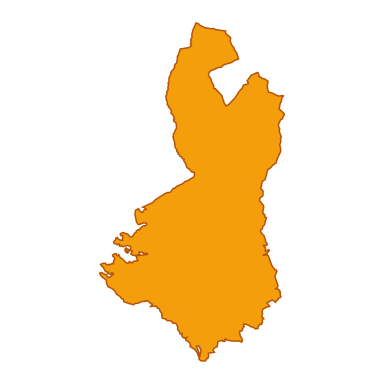 outline of Sangeorz-Bai, Bistrita-Nasaud, Romania
{"feature_id": "2599482B94915018656895", "entity_name": "Sangeorz-Bai", "entity_type": "district", "adm_level": 2, "iso_a3": "ROU", "parent_name": "Romania", "parent_adm1": "Bistrita-Nasaud", "projection": "robinson", "projection_center": [24.648, 47.428], "detail": "fine", "context": "isolated", "style": "filled", "palette": "amber", "viewbox_px": 384, "rotation_deg": 0, "n_neighbors": 0, "source": "geoboundaries", "source_scale": "gbopen_adm2", "svg_char_len": 6029}
<svg xmlns="http://www.w3.org/2000/svg" viewBox="0 0 384 384"><path d="M255.4,328.9L257.9,328.5L257.6,327.6L259.2,325.3L260.2,324.3L261.6,324.3L261.9,322.9L262.4,322.5L262.4,319.2L263.8,318.8L261.6,316.1L262.6,313.9L262.1,311.5L262.9,309.2L266.9,307.0L269.7,306.4L267.0,302.9L272.3,299.9L275.5,302.3L275.6,301.3L277.9,299.8L278.3,298.3L280.0,297.7L280.9,296.7L280.4,295.7L280.1,291.6L279.4,291.5L279.7,290.5L278.1,289.1L275.7,288.7L276.9,287.9L278.0,285.8L274.8,276.3L276.9,271.5L276.2,269.9L274.7,269.9L274.4,268.8L273.0,267.5L271.4,264.5L268.9,257.2L267.5,254.7L262.7,255.5L267.1,253.2L269.3,250.6L268.8,249.6L265.6,251.3L265.1,251.0L265.6,250.5L265.3,250.1L265.7,248.7L264.9,246.6L264.0,246.7L263.5,245.3L266.4,245.4L267.3,244.8L267.3,244.2L265.6,241.6L265.5,240.2L263.9,235.4L261.6,233.7L261.6,232.8L260.5,231.8L260.6,230.1L262.0,229.3L262.8,226.7L264.5,224.6L266.4,217.6L264.5,216.8L264.8,214.5L263.2,214.2L262.9,211.0L263.8,207.1L263.3,205.2L259.6,200.8L259.8,199.0L260.5,197.5L262.9,195.9L263.1,191.5L262.6,191.0L262.6,190.2L260.6,188.5L261.5,185.9L261.8,182.5L263.2,180.7L265.1,179.6L267.7,169.7L270.1,168.2L273.2,164.8L275.9,163.2L277.2,159.0L280.7,151.2L280.6,148.6L279.7,144.9L280.8,141.6L280.5,138.8L281.3,136.9L279.2,131.4L279.7,129.1L278.6,126.4L278.5,124.3L280.7,119.6L282.5,118.8L282.9,116.7L283.9,115.6L284.4,113.9L279.4,109.1L279.2,108.4L280.2,103.5L281.3,101.5L282.0,97.5L283.4,96.0L282.7,95.5L279.8,96.1L277.7,95.8L272.3,93.1L268.3,92.0L267.2,86.6L268.0,81.2L264.8,79.0L261.9,78.3L260.6,77.0L258.8,76.6L258.8,74.2L258.1,72.8L257.1,72.5L251.1,75.4L247.1,80.8L248.4,83.3L248.0,83.9L243.5,85.1L242.4,87.8L239.1,91.5L235.2,97.7L228.6,104.5L226.2,106.0L223.9,102.5L223.7,100.9L222.7,98.8L221.8,95.6L215.5,88.8L213.9,88.5L213.6,85.1L211.8,82.3L210.8,78.5L208.7,75.9L208.4,74.6L209.2,72.4L210.5,70.9L218.5,67.5L221.3,67.2L222.5,65.8L224.9,64.4L231.3,62.6L235.0,60.2L238.6,59.0L236.6,52.7L234.3,49.7L233.7,47.2L232.5,46.2L231.1,43.8L230.3,41.3L230.6,37.6L225.6,33.4L225.6,31.0L215.5,29.6L213.3,28.4L212.0,28.9L204.8,27.7L199.8,25.2L198.7,23.8L195.9,23.0L195.5,23.7L195.5,24.9L193.7,27.9L191.9,33.8L192.0,37.0L190.7,39.9L191.2,42.5L190.5,43.6L190.6,44.4L191.6,45.7L188.8,47.6L180.2,49.0L178.3,55.1L177.4,56.4L177.3,59.7L176.4,63.3L175.2,64.1L174.5,66.2L174.5,67.9L170.8,72.4L171.0,73.7L169.0,77.8L168.9,81.9L168.0,83.2L168.6,84.3L167.9,87.5L168.2,89.3L166.7,92.1L166.9,94.2L165.7,96.3L166.3,97.5L166.1,99.5L167.5,101.9L167.1,104.4L168.4,105.5L168.3,106.6L171.2,110.2L171.4,110.9L171.0,113.3L173.0,114.9L173.5,116.1L174.4,119.0L173.6,119.5L173.6,120.8L174.3,121.8L175.4,122.3L176.3,123.7L176.5,128.1L173.4,134.2L173.4,136.4L172.9,137.1L174.5,141.9L175.2,147.5L177.0,149.8L176.8,151.5L178.4,152.8L178.1,153.9L179.4,154.8L179.8,156.1L181.8,157.1L182.2,158.6L184.1,159.3L183.7,160.6L185.7,163.8L186.9,167.5L188.7,168.9L189.3,168.8L191.0,171.3L192.2,172.2L194.3,172.2L194.3,175.5L193.9,176.8L187.9,180.6L185.0,181.6L182.7,183.7L176.8,186.3L174.6,188.4L173.3,188.3L170.6,192.0L169.3,192.6L167.8,192.4L165.0,193.6L155.6,199.6L152.4,202.7L142.9,207.1L144.1,207.4L146.2,209.4L144.1,210.0L142.4,212.6L139.6,210.9L138.6,208.6L135.7,210.1L135.4,210.5L135.0,214.8L136.4,221.6L137.6,223.7L138.6,224.7L143.6,222.9L145.9,223.1L146.7,223.6L146.7,224.6L145.9,225.5L143.1,226.0L140.1,228.3L139.9,229.6L137.8,229.8L136.3,230.9L136.2,232.2L134.5,233.3L132.3,236.8L130.2,236.9L127.7,234.1L122.7,232.5L120.5,233.7L120.2,234.4L121.0,235.7L122.6,235.5L122.8,237.8L122.2,239.1L122.7,240.2L120.6,240.3L117.9,238.8L117.3,237.5L116.5,237.6L115.9,238.2L115.9,239.5L113.6,241.9L114.2,243.6L116.0,243.8L117.3,244.7L117.8,244.1L119.6,244.3L119.2,245.7L120.1,246.4L121.2,245.8L123.6,246.8L125.3,245.7L127.7,245.5L130.7,246.5L130.8,248.6L130.4,249.5L129.6,249.7L127.0,248.9L126.2,247.8L125.1,249.0L125.0,249.9L125.8,250.1L125.3,251.4L127.8,253.5L126.7,251.3L127.5,251.2L128.3,252.4L128.7,252.2L128.4,250.4L128.9,250.1L132.5,251.3L130.8,253.9L132.4,255.1L134.2,255.5L137.7,255.2L139.6,254.0L138.9,252.2L141.1,252.0L142.7,252.4L143.0,253.2L147.5,253.5L147.5,254.4L136.2,255.8L135.8,256.1L136.6,256.7L136.5,258.1L137.8,260.1L137.3,260.3L137.5,260.8L133.8,261.2L132.6,262.1L132.3,263.0L130.9,262.6L129.7,261.5L129.1,261.8L129.3,262.7L126.7,263.2L122.2,258.8L120.4,257.8L118.7,254.6L117.5,255.9L116.3,254.4L116.4,253.9L114.7,253.7L112.6,255.0L113.0,256.5L113.9,256.7L114.9,259.4L113.6,260.7L113.5,263.8L112.5,263.3L109.6,264.9L109.2,264.4L106.7,264.8L105.3,263.3L103.4,263.2L100.5,264.4L101.8,265.7L101.7,266.2L102.8,266.7L105.6,271.6L108.2,272.2L107.6,273.5L111.0,274.2L111.3,272.9L112.5,273.0L113.7,273.7L113.3,274.3L111.5,275.3L111.8,275.7L110.5,276.8L108.6,277.7L106.8,275.9L106.5,274.8L103.2,273.6L101.6,272.4L99.6,273.2L100.5,275.1L102.8,277.6L106.3,279.8L106.5,283.2L107.9,286.6L112.2,288.7L114.6,290.6L116.7,294.3L120.0,296.5L121.8,298.7L123.2,299.1L123.8,301.7L130.3,304.0L131.8,304.0L133.1,304.9L135.3,303.5L138.5,303.1L141.0,301.7L146.1,301.3L146.4,300.4L147.9,300.9L150.2,303.1L152.4,304.3L150.6,306.5L155.6,306.1L156.9,306.8L157.3,308.0L159.3,308.8L160.1,311.2L161.9,313.7L162.1,314.8L161.7,315.4L162.1,315.9L162.1,318.1L165.5,319.0L167.1,320.6L170.3,320.6L171.1,321.4L172.2,321.6L172.8,323.2L175.9,323.4L177.6,326.3L177.7,329.7L179.4,331.4L179.7,333.3L181.2,334.4L182.2,333.6L182.0,335.9L183.1,337.6L184.7,337.8L185.0,338.3L186.8,337.4L185.7,339.4L185.8,340.2L189.2,342.3L190.6,345.3L190.0,346.5L194.8,349.5L197.3,352.9L198.5,356.2L199.3,353.6L196.4,346.2L198.7,345.8L201.1,350.1L199.1,359.4L201.0,360.8L205.4,361.0L206.5,359.0L207.9,358.3L208.6,356.0L208.4,353.2L214.4,352.3L213.1,350.3L213.7,348.5L217.3,346.5L217.9,341.6L219.0,341.1L222.1,340.3L222.6,341.3L224.6,341.3L224.2,340.7L225.1,339.1L225.7,339.7L226.2,339.3L226.4,339.9L231.8,341.0L239.6,341.1L241.7,342.1L242.2,341.3L242.1,339.1L240.0,335.4L240.0,334.0L239.4,332.7L239.9,331.1L241.4,331.1L242.5,330.1L242.5,328.7L243.8,327.3L244.2,326.3L243.2,325.1L243.6,324.1L246.2,324.3L249.6,325.8L250.6,326.7L253.1,327.2L255.4,328.9Z" fill="#f59e0b" stroke="#b45309" stroke-width="1.5"/></svg>